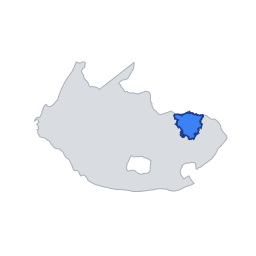 Waterberg, Limpopo, South Africa (highlighted), rotated 53°
{"feature_id": "47623444B68910643198214", "entity_name": "Waterberg", "entity_type": "district", "adm_level": 2, "iso_a3": "ZAF", "parent_name": "South Africa", "parent_adm1": "Limpopo", "projection": "robinson", "projection_center": [27.237, -24.067], "detail": "fine", "context": "in_parent", "style": "filled", "palette": "blue", "viewbox_px": 256, "rotation_deg": 53, "n_neighbors": 0, "source": "geoboundaries", "source_scale": "gbopen_adm2", "svg_char_len": 7756}
<svg xmlns="http://www.w3.org/2000/svg" viewBox="0 0 256 256"><g transform="rotate(53 128 128)"><path d="M173.7,53.1L179.2,52.3L181.7,52.7L184.7,54.0L187.4,54.5L192.2,54.0L193.8,54.2L195.1,54.7L196.0,55.3L197.3,60.4L198.5,65.8L198.4,67.6L198.6,68.3L199.9,70.6L200.4,72.0L201.2,73.2L202.8,79.0L203.0,80.0L202.9,94.0L202.2,95.7L202.5,97.9L201.7,98.2L197.0,95.4L196.2,95.5L194.9,96.6L193.6,98.2L193.1,99.6L190.7,103.4L190.5,105.8L190.7,107.9L191.5,107.9L192.0,109.4L193.3,111.8L195.4,113.3L197.4,114.0L200.2,114.1L202.4,114.1L202.3,112.5L202.8,108.2L206.5,108.8L212.0,108.6L211.6,111.4L209.5,117.7L208.2,124.8L206.5,128.4L205.6,129.9L202.9,132.5L201.5,133.3L200.4,133.6L195.8,138.9L194.1,141.5L192.6,145.2L191.1,147.2L188.8,151.6L185.0,158.0L181.7,162.2L180.3,163.4L179.3,164.0L176.8,166.5L173.2,170.4L170.4,173.9L166.3,177.8L163.9,179.6L160.3,183.0L159.4,183.5L155.4,186.7L152.5,188.6L147.8,190.8L146.0,191.4L141.6,190.9L139.7,191.2L138.2,192.5L138.1,194.4L137.4,194.7L133.4,193.8L131.7,194.0L130.7,195.0L130.0,196.3L127.6,196.4L123.5,195.1L118.6,194.2L117.5,194.1L115.2,195.1L114.3,195.3L110.9,195.1L109.0,194.4L107.2,194.4L105.8,195.0L104.1,195.1L99.6,198.8L97.2,198.8L95.2,199.2L91.6,198.7L90.5,198.9L89.5,199.6L87.0,199.9L86.1,200.4L82.0,203.7L80.3,203.4L78.2,203.3L75.7,201.6L74.7,201.7L75.0,201.2L75.0,200.2L74.2,199.3L73.2,199.3L72.7,198.5L71.2,198.4L70.0,198.7L69.7,195.6L69.1,195.3L67.7,195.2L66.9,195.3L66.6,195.6L66.2,196.3L66.3,198.5L65.8,197.9L65.2,196.6L64.9,195.2L65.1,193.6L66.2,193.0L65.8,190.9L64.0,187.4L62.9,186.6L62.0,184.8L61.2,184.2L60.8,182.9L60.0,181.9L59.7,180.3L60.1,179.3L60.8,178.8L61.5,179.6L62.4,179.3L63.6,178.2L64.3,176.4L64.3,173.6L64.1,171.8L62.9,167.3L62.4,166.2L60.1,163.0L57.3,158.6L53.7,151.7L52.0,147.6L49.4,139.2L47.1,134.5L44.4,130.1L44.0,129.8L44.4,129.3L45.8,128.3L46.4,128.0L46.8,128.1L47.1,127.8L47.4,127.1L47.6,125.6L48.2,123.9L48.8,123.3L50.1,122.8L51.0,123.4L51.4,124.0L51.6,124.8L52.1,125.2L52.7,125.2L53.2,125.6L53.5,126.6L53.5,127.4L53.1,127.8L53.2,128.4L53.7,129.2L54.3,130.8L56.8,131.6L58.3,131.7L59.7,132.1L61.0,132.9L63.1,133.0L66.0,132.7L68.5,132.8L70.4,133.5L71.8,133.7L72.6,133.2L73.0,132.6L72.9,131.7L73.3,131.2L74.2,131.0L75.0,130.3L75.6,129.3L76.9,128.5L79.0,127.8L80.0,127.8L79.3,83.8L83.1,86.8L84.0,88.2L85.9,92.4L87.9,97.4L88.2,99.9L88.1,100.4L86.3,103.8L86.2,105.4L86.5,107.3L86.9,108.3L87.5,108.6L88.8,108.1L90.9,108.7L94.8,108.4L96.8,108.7L97.3,108.5L97.7,108.1L98.2,107.0L98.7,106.6L100.5,106.1L101.3,105.4L102.6,103.1L106.4,100.0L106.9,99.3L109.2,92.0L110.0,90.9L111.1,90.2L113.2,89.7L114.5,90.0L115.8,90.6L117.4,91.7L119.7,93.7L120.5,94.0L122.8,94.1L124.2,95.4L128.5,96.3L129.7,96.2L131.1,95.5L133.3,95.5L135.6,95.0L137.1,93.7L139.8,85.7L140.1,83.9L140.4,83.4L142.7,82.5L145.4,81.8L146.0,81.5L147.7,79.2L149.9,77.4L151.5,70.9L152.5,69.4L153.1,68.8L153.5,68.8L154.1,68.4L154.9,67.6L155.8,67.1L156.8,66.9L157.4,66.4L157.8,65.5L158.3,65.1L159.0,65.1L159.5,64.9L159.6,64.3L161.3,62.9L161.3,62.3L162.3,61.0L164.1,58.8L165.9,57.6L167.6,57.4L170.7,56.3L171.8,55.3L172.5,53.9L173.7,53.1ZM168.3,147.9L171.0,146.8L173.0,145.4L173.5,142.8L175.0,141.2L175.6,139.7L176.0,137.6L175.1,135.5L173.9,134.8L171.6,133.0L170.6,131.7L169.2,130.7L168.2,129.4L166.7,129.8L164.2,130.8L162.7,131.8L161.4,132.9L159.2,133.7L157.0,137.2L156.3,138.0L154.7,140.6L152.2,141.9L152.2,142.4L153.0,144.5L154.1,146.6L155.3,148.3L155.2,149.3L155.6,150.2L156.7,150.7L158.4,152.9L159.3,153.6L162.0,154.1L162.4,153.9L163.1,152.7L163.2,151.8L165.0,149.0L165.8,148.2L168.3,147.9Z" fill="#d9dde1" stroke="#a8b0b8" stroke-width="1"/><path d="M165.0,90.2L165.8,90.0L165.9,90.3L166.4,90.3L166.5,90.2L167.1,90.2L167.1,89.6L168.1,89.5L168.4,89.8L168.7,89.3L168.8,89.5L168.8,89.4L168.9,89.0L168.7,89.0L168.3,88.3L168.6,88.2L168.6,87.8L168.5,88.0L168.1,88.1L167.5,88.3L167.4,88.5L166.6,88.9L165.9,89.0L166.2,88.9L166.0,88.4L165.8,88.3L166.5,88.0L167.0,88.0L166.8,87.5L168.2,87.3L168.2,87.2L168.5,87.2L168.3,86.8L168.2,86.5L168.7,86.1L169.3,85.9L169.8,85.4L170.6,85.5L171.5,85.3L171.4,85.1L171.6,84.9L171.8,85.4L172.1,85.3L172.8,85.4L173.0,85.8L173.1,86.2L174.0,85.9L174.1,85.7L174.0,85.3L174.3,85.2L174.6,84.2L175.0,84.2L175.0,83.8L175.0,83.4L174.8,83.0L176.1,82.4L176.3,82.4L176.1,81.9L176.4,81.8L176.2,81.4L175.9,81.5L175.7,81.1L175.3,79.9L175.1,79.5L174.9,79.0L174.9,78.5L174.6,78.5L173.4,79.0L172.8,78.9L172.9,78.1L172.7,78.1L172.6,77.5L173.0,77.0L173.3,77.3L173.8,77.2L174.0,77.7L174.3,77.3L174.2,76.9L174.2,76.5L174.6,76.2L174.6,75.8L174.4,75.7L174.2,75.6L174.2,75.3L173.9,75.4L173.9,75.2L174.3,74.6L174.2,74.6L173.8,74.6L173.2,74.3L173.0,73.8L172.7,73.4L172.3,73.3L172.1,73.0L172.3,72.6L171.5,72.2L171.3,72.8L171.0,72.9L170.7,72.5L170.7,72.4L170.8,72.2L170.7,72.0L171.1,71.9L170.8,71.6L171.0,70.9L171.0,70.2L171.5,69.9L171.6,69.7L172.0,69.7L171.4,69.0L170.9,68.3L170.5,67.9L170.2,67.5L170.0,67.0L169.6,66.5L169.0,66.5L168.9,66.7L169.0,66.8L168.8,67.0L168.1,67.4L168.1,67.0L167.8,67.0L167.5,66.7L167.1,66.6L166.9,66.2L166.2,66.7L165.9,66.1L165.6,66.1L165.6,65.9L165.3,64.9L165.6,64.7L165.4,64.0L165.0,63.6L164.6,63.8L164.3,63.1L164.3,62.5L164.5,62.5L164.4,62.1L164.0,61.7L163.9,61.9L163.5,61.5L163.7,61.4L163.3,61.0L163.6,60.9L163.1,60.6L163.4,60.5L163.0,60.2L162.7,60.4L162.4,60.5L162.5,60.8L162.4,61.0L162.5,61.1L162.4,61.5L162.1,61.7L161.9,61.7L161.6,62.0L161.4,62.0L161.4,62.4L161.3,62.7L161.4,62.9L161.3,63.1L161.1,63.3L160.4,63.8L160.2,63.8L160.1,64.0L159.7,64.2L159.7,64.4L159.7,64.5L159.5,64.8L159.4,65.0L159.3,65.3L159.1,65.3L159.1,65.2L158.9,64.9L158.6,64.9L158.5,65.1L158.3,65.2L158.2,65.2L157.8,65.1L157.8,65.3L157.8,65.5L157.7,65.6L157.6,65.9L157.6,66.0L157.4,66.3L157.5,66.4L157.5,66.6L157.4,66.7L157.2,66.9L157.2,67.0L156.8,67.2L156.7,67.1L156.2,67.1L156.1,67.6L155.9,67.6L155.8,67.4L155.8,67.2L155.6,67.2L155.5,67.3L155.6,67.5L155.2,67.6L155.3,67.4L155.0,67.3L155.0,67.5L154.9,67.7L154.9,67.9L154.8,68.0L154.6,68.0L154.4,68.2L154.1,68.3L153.9,68.4L154.0,68.3L153.6,68.5L153.8,68.7L153.8,68.8L153.7,68.8L153.4,68.8L153.2,68.8L153.0,69.0L153.2,69.3L152.8,69.2L152.8,69.3L152.7,69.3L152.8,69.6L152.7,69.7L152.5,69.8L152.4,69.9L152.2,69.8L152.3,70.0L152.5,70.2L152.5,70.4L152.4,70.3L152.4,70.5L152.0,70.7L152.0,70.4L151.9,70.4L151.9,70.2L151.7,70.1L151.6,70.3L151.7,70.5L151.3,70.9L151.4,71.0L151.2,71.5L151.3,71.5L151.3,71.8L151.1,72.0L151.1,72.3L151.2,72.5L150.9,72.7L150.9,72.8L151.1,72.8L151.2,73.0L151.0,73.3L150.9,73.6L150.9,73.9L150.8,74.1L150.7,74.8L150.5,75.1L150.4,75.6L150.2,75.7L150.2,75.8L150.3,76.0L150.2,76.1L150.3,76.2L150.4,76.4L150.4,76.5L150.2,76.5L150.3,76.8L150.3,77.1L150.2,77.1L150.2,77.3L150.3,77.4L150.2,77.4L150.3,77.5L150.2,77.5L150.0,77.8L149.9,77.7L149.7,77.9L149.6,78.1L149.4,78.2L149.1,78.2L148.9,78.1L148.8,78.3L148.7,78.3L148.6,78.5L148.4,78.5L148.2,78.7L148.2,78.8L148.2,79.1L147.9,79.1L147.7,79.3L147.4,79.4L147.4,79.5L147.2,79.7L147.1,79.9L147.0,80.1L146.9,80.1L146.6,80.3L146.6,80.5L146.3,81.2L146.3,81.3L146.2,81.5L146.0,81.8L145.7,81.9L145.7,82.1L145.5,82.3L145.7,82.5L145.7,82.8L145.6,83.2L145.7,83.5L145.8,83.7L145.7,83.7L145.9,84.0L146.1,84.0L147.2,84.3L147.7,84.2L148.5,84.9L149.1,85.1L149.4,84.5L151.1,83.8L151.4,83.8L151.4,83.1L151.9,83.1L152.1,85.1L152.7,85.3L153.1,85.8L153.2,86.2L153.5,85.8L154.0,86.0L153.8,86.4L153.7,86.9L154.0,86.9L153.9,87.3L154.4,86.9L154.9,87.0L155.1,87.5L156.0,87.3L156.6,87.3L156.8,87.3L157.0,87.4L157.1,87.5L157.5,87.5L157.4,87.4L157.5,87.2L157.8,86.8L157.8,86.3L158.1,86.2L158.7,86.3L159.2,86.3L159.5,86.1L159.8,86.1L161.4,86.5L161.5,86.1L161.8,86.0L162.1,86.2L162.3,86.3L162.8,86.2L163.2,86.2L163.2,86.5L163.6,86.7L164.6,87.1L164.2,87.8L164.1,88.0L163.7,87.9L163.5,87.5L163.1,87.6L162.8,87.7L162.9,88.2L163.3,88.2L163.3,88.9L163.7,89.0L164.1,88.8L164.5,89.0L165.0,90.0L165.0,90.2Z" fill="#3b82f6" stroke="#1e3a8a" stroke-width="1.5"/></g></svg>